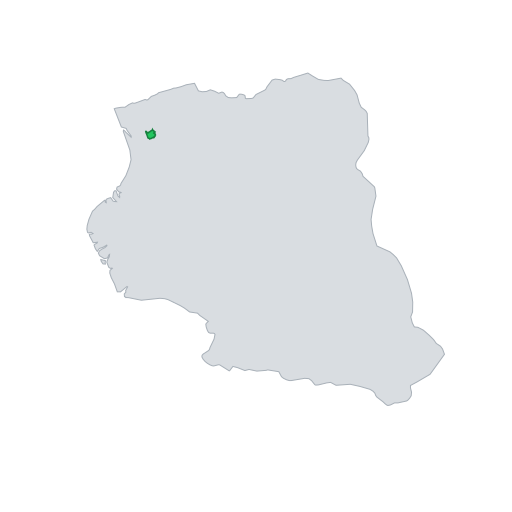 Oluyole, Oyo, Nigeria shown in context, rotated 71°
{"feature_id": "59680162B11018926765325", "entity_name": "Oluyole", "entity_type": "district", "adm_level": 2, "iso_a3": "NGA", "parent_name": "Nigeria", "parent_adm1": "Oyo", "projection": "mercator", "projection_center": [3.901, 7.219], "detail": "fine", "context": "in_parent", "style": "filled", "palette": "green", "viewbox_px": 512, "rotation_deg": 71, "n_neighbors": 0, "source": "geoboundaries", "source_scale": "gbopen_adm2", "svg_char_len": 5205}
<svg xmlns="http://www.w3.org/2000/svg" viewBox="0 0 512 512"><g transform="rotate(71 256 256)"><path d="M410.3,109.8L424.5,129.9L427.5,144.7L428.7,152.1L431.0,152.9L435.5,153.3L438.7,154.8L440.6,157.2L441.8,159.5L442.1,160.8L441.1,169.7L440.0,172.9L440.6,177.3L440.4,179.2L440.0,180.5L438.0,181.9L435.3,183.3L428.8,187.6L427.0,188.2L424.3,188.3L421.9,189.4L419.2,191.6L413.2,200.1L408.0,208.6L404.3,222.4L399.8,226.6L399.0,230.4L398.2,239.0L397.5,241.6L396.8,242.3L392.0,244.0L389.2,245.9L387.5,249.8L385.3,263.0L384.6,265.1L383.0,267.4L380.5,269.9L378.4,271.2L372.8,272.1L367.5,282.0L367.4,283.7L365.1,292.7L361.0,299.5L360.7,303.8L355.6,309.7L352.9,313.8L355.7,318.0L355.9,318.7L347.1,325.8L346.6,326.9L346.2,331.8L345.5,333.2L343.9,335.0L341.5,337.0L339.1,338.5L336.4,339.6L333.8,340.0L332.3,339.3L331.5,337.8L330.0,331.8L329.3,330.5L327.6,329.3L320.9,322.7L316.8,320.3L315.9,320.5L315.2,321.2L314.0,324.5L312.9,325.7L310.7,326.2L307.0,326.2L304.3,325.7L303.6,325.1L302.3,322.4L293.9,328.5L291.0,329.9L287.3,337.0L282.0,340.6L278.3,343.7L268.6,353.4L266.6,356.3L264.7,360.6L260.5,378.8L253.8,390.2L252.9,392.7L252.5,392.6L251.6,393.6L249.0,392.9L247.8,390.8L246.2,390.5L243.4,387.4L242.8,387.9L245.8,395.8L244.7,398.8L236.4,398.9L229.3,399.9L224.5,399.8L222.0,398.7L220.9,395.8L220.5,396.1L220.3,397.7L218.7,398.9L213.2,399.1L210.8,397.1L208.9,394.9L206.8,393.9L207.1,394.8L209.5,397.0L209.2,400.2L204.8,403.8L202.0,404.1L200.3,402.5L199.4,399.9L198.9,396.1L197.8,393.6L197.1,393.6L197.9,397.7L197.9,401.6L200.0,404.6L196.8,405.5L192.9,405.6L192.4,404.5L192.0,402.0L191.3,401.4L190.5,405.6L182.6,406.8L181.4,406.6L181.2,405.8L181.8,404.6L181.7,402.8L179.9,404.2L179.6,407.1L178.6,407.6L175.6,407.2L172.3,405.7L166.9,402.0L160.4,396.0L159.3,393.3L157.4,390.0L154.0,381.0L154.6,380.6L156.1,381.0L156.9,380.2L154.1,379.6L153.6,378.9L153.4,376.9L153.5,374.4L157.7,373.2L158.6,371.7L159.2,370.2L154.1,372.4L149.3,369.9L148.3,368.3L148.8,367.1L154.3,367.0L156.3,365.9L155.1,365.4L153.0,365.5L152.2,364.7L152.2,362.9L151.6,363.3L150.7,364.9L147.4,366.1L145.6,364.9L145.4,362.2L144.9,361.0L143.4,360.0L137.7,352.9L130.6,346.9L124.3,342.8L114.8,340.8L94.9,340.9L93.8,340.3L95.0,339.4L96.7,338.7L103.1,335.4L102.1,334.9L95.4,337.0L93.1,337.2L90.2,341.3L70.6,342.1L70.6,340.3L71.5,335.0L72.7,331.4L71.4,326.9L71.0,322.9L71.9,321.7L72.1,320.2L71.9,309.9L73.0,308.4L73.0,307.3L71.0,303.0L71.0,299.6L70.6,296.4L69.9,294.9L70.7,282.3L70.5,279.2L71.1,277.0L71.5,271.6L71.4,266.2L72.7,257.9L81.1,256.7L83.2,253.4L84.3,249.3L84.0,245.1L86.7,241.5L90.0,238.3L89.9,234.8L90.8,233.7L92.3,232.9L94.6,232.5L97.1,230.7L98.5,227.6L99.9,222.7L97.7,219.3L97.7,218.5L98.5,216.7L99.9,214.8L100.9,214.2L103.4,214.7L104.1,214.0L105.7,208.5L105.6,207.1L103.3,203.4L102.0,193.6L101.4,192.3L99.6,190.5L94.9,183.5L95.0,180.2L97.0,176.0L98.3,174.0L100.1,172.8L100.4,171.9L99.9,170.7L99.0,169.8L98.8,167.9L99.7,165.2L99.4,162.3L99.9,147.4L103.7,144.4L109.3,139.6L112.1,134.5L113.6,130.6L115.5,117.7L118.4,116.3L124.0,111.6L131.6,108.9L136.5,108.0L145.2,108.6L149.6,108.1L153.3,105.6L155.0,104.8L157.4,104.4L179.0,111.1L180.9,110.8L182.6,111.3L185.3,113.0L191.6,119.3L198.3,128.9L200.3,131.0L202.4,132.1L204.5,132.5L206.1,132.4L207.7,131.4L209.8,129.6L212.9,128.8L215.5,128.9L229.0,121.6L230.3,121.5L238.5,123.1L249.8,130.5L258.9,135.3L265.4,136.9L273.0,138.1L285.9,138.4L295.7,128.0L299.3,125.8L303.6,123.7L312.7,121.8L327.7,120.5L341.9,121.1L350.6,122.8L359.9,126.2L363.9,129.5L370.1,130.0L374.6,129.4L376.1,126.2L380.6,121.9L387.4,118.0L392.9,115.3L397.4,114.0L401.4,110.9L404.7,109.9L410.3,109.8ZM213.7,403.2L210.7,404.1L208.8,403.9L211.5,399.8L212.8,400.7L214.6,401.0L213.7,403.2Z" fill="#d9dde1" stroke="#a8b0b8" stroke-width="1"/><path d="M108.1,311.6L107.9,311.7L107.7,311.7L107.5,311.8L107.4,311.8L107.2,311.9L107.0,312.0L107.0,311.9L106.9,311.9L106.8,311.7L106.7,311.7L106.4,311.7L106.4,311.8L106.3,311.7L106.2,311.5L106.0,311.4L106.0,311.2L105.9,311.1L105.8,311.3L105.8,311.5L105.9,311.8L105.9,312.0L105.8,311.9L105.7,311.9L105.4,311.9L105.2,311.8L105.2,311.7L104.9,311.7L104.7,311.7L104.6,311.8L104.4,311.9L104.3,312.0L104.2,312.0L103.9,312.2L103.9,312.3L103.7,312.4L103.5,312.5L103.4,312.5L103.2,312.6L102.9,312.7L102.8,312.8L102.7,312.8L102.8,312.9L103.0,312.9L103.4,312.9L103.5,312.9L103.5,313.0L103.4,313.5L103.4,313.8L103.5,314.0L103.5,314.8L103.5,315.1L103.7,315.3L103.9,315.7L104.0,316.0L104.0,316.3L103.9,316.7L104.1,316.9L104.3,317.2L104.4,317.6L104.4,317.8L104.5,317.9L104.4,318.2L104.1,318.5L103.2,318.9L102.7,319.1L102.4,319.3L102.3,319.6L102.5,319.8L102.8,319.8L103.4,319.8L104.1,319.8L104.6,319.8L105.2,319.7L107.0,319.7L107.5,319.7L108.3,319.7L109.0,319.7L109.4,319.6L109.6,319.4L109.7,319.2L109.8,318.9L110.2,318.7L110.8,318.4L110.6,317.8L110.8,316.8L110.7,316.6L110.5,315.6L110.4,315.2L110.7,314.9L110.7,314.7L110.8,314.3L110.8,313.9L110.4,313.9L110.2,313.8L110.2,313.7L110.0,313.4L110.0,313.2L110.1,312.9L110.0,312.7L109.9,312.6L109.7,312.6L109.5,312.4L109.6,312.2L109.6,311.9L109.6,311.7L109.6,311.8L109.4,311.8L109.2,311.9L109.1,312.0L108.9,312.0L108.9,311.9L108.7,311.9L108.6,311.7L108.4,311.7L108.3,311.8L108.2,311.8L108.2,311.7L108.1,311.6Z" fill="#22c55e" stroke="#15803d" stroke-width="1.5"/></g></svg>